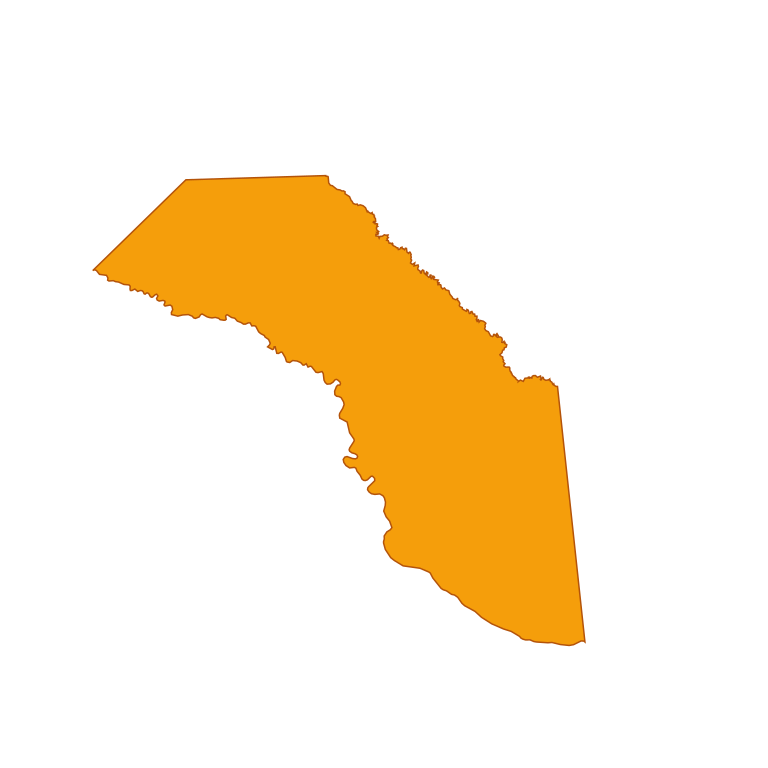 Cravo Norte, Arauca, Colombia (Mercator projection), rotated 32°
{"feature_id": "7082276B36906579253224", "entity_name": "Cravo Norte", "entity_type": "district", "adm_level": 2, "iso_a3": "COL", "parent_name": "Colombia", "parent_adm1": "Arauca", "projection": "mercator", "projection_center": [-70.099, 6.342], "detail": "fine", "context": "isolated", "style": "filled", "palette": "amber", "viewbox_px": 768, "rotation_deg": 32, "n_neighbors": 0, "source": "geoboundaries", "source_scale": "gbopen_adm2", "svg_char_len": 6161}
<svg xmlns="http://www.w3.org/2000/svg" viewBox="0 0 768 768"><g transform="rotate(32 384 384)"><path d="M532.4,294.1L530.9,295.0L528.9,294.8L528.0,294.0L528.0,294.9L527.5,294.9L525.3,293.5L523.6,293.5L522.9,292.7L522.2,293.0L521.8,292.1L521.3,293.3L519.3,295.1L517.1,295.3L515.6,294.1L515.0,294.2L515.1,297.2L514.7,297.5L514.3,297.4L514.4,296.2L512.5,294.3L510.6,297.0L507.9,296.6L506.2,297.8L505.6,299.1L506.2,300.6L504.8,300.9L504.3,302.1L503.4,302.2L503.8,301.5L503.5,301.2L502.8,301.7L502.9,302.6L500.5,304.4L500.7,308.0L497.6,308.4L496.7,310.6L496.6,310.2L493.5,309.9L492.2,309.0L491.2,309.3L490.9,308.9L488.4,308.6L486.5,307.2L485.8,307.2L485.6,306.6L484.1,306.2L482.6,304.7L482.3,303.8L481.2,303.3L478.3,305.2L476.0,305.2L475.5,304.5L475.9,302.7L473.3,302.0L473.1,300.6L471.3,299.7L470.4,298.2L467.7,298.3L466.7,297.7L467.5,295.0L466.7,292.6L467.6,291.4L466.9,289.5L468.1,287.9L467.3,285.6L464.9,285.7L464.6,284.7L464.2,285.0L463.2,284.2L462.9,285.8L461.8,286.2L460.8,283.8L459.6,282.6L458.0,282.4L456.0,283.7L455.9,282.8L453.1,281.4L452.9,282.6L454.2,284.1L451.1,283.5L450.7,283.9L451.2,285.3L450.9,286.3L448.9,286.7L444.8,284.4L442.1,284.7L440.0,283.8L439.5,281.6L438.3,280.6L438.3,278.7L437.9,278.4L435.1,278.1L432.2,279.0L431.8,281.1L430.1,279.3L429.3,280.3L430.3,280.8L429.9,281.6L428.1,280.5L428.0,279.1L426.9,277.2L425.3,278.3L423.8,276.7L422.6,277.5L420.1,275.9L419.4,276.7L420.0,278.1L419.0,279.0L416.4,276.8L415.5,276.7L414.8,276.9L415.4,277.7L415.3,278.7L410.7,278.9L409.9,277.7L407.5,278.1L406.4,277.7L405.6,275.4L403.3,274.1L402.1,274.1L400.8,272.0L401.0,273.2L400.0,274.6L396.9,275.0L396.0,274.2L392.3,273.0L389.5,270.5L386.7,271.4L384.4,270.5L383.2,272.4L381.0,271.5L380.0,270.1L379.3,269.8L377.0,271.2L376.6,270.4L377.4,270.0L377.2,269.0L375.8,269.6L375.2,269.2L375.0,267.1L370.8,268.9L370.1,268.0L370.3,266.7L369.1,266.3L368.2,266.7L368.8,266.8L368.3,267.4L368.8,269.3L368.3,269.7L367.2,269.0L365.9,266.8L365.4,267.2L366.0,269.0L365.5,269.8L362.3,269.1L362.1,268.3L362.8,267.4L362.1,266.4L360.7,266.4L361.1,269.0L359.4,268.7L357.5,266.7L356.3,266.9L356.1,268.2L356.7,270.3L356.2,270.5L354.6,269.1L352.1,269.0L351.1,267.7L351.0,266.2L349.8,265.0L346.9,267.9L345.9,265.0L344.7,267.5L342.3,267.3L341.8,264.3L340.4,263.8L340.0,262.1L338.5,260.7L338.5,259.9L336.4,258.4L335.7,258.7L335.6,260.2L333.5,259.9L331.2,257.1L330.2,257.5L330.2,259.3L328.7,259.0L327.8,259.6L326.8,258.4L325.9,259.6L325.9,261.4L324.9,262.4L323.6,261.2L322.5,261.8L321.1,261.5L318.3,261.8L317.6,261.6L317.4,260.6L316.4,260.2L316.0,261.2L315.0,261.0L313.8,261.9L311.7,260.2L310.3,260.7L310.5,259.9L309.6,259.2L310.1,257.6L308.9,257.4L308.5,255.5L306.8,256.8L305.2,257.3L304.3,259.6L302.3,261.0L302.6,262.9L300.9,261.7L298.7,262.7L297.8,261.4L299.4,260.2L299.6,259.6L297.5,259.2L298.8,258.1L298.8,257.5L296.6,257.3L295.5,256.5L294.6,255.0L295.2,253.6L294.2,253.6L293.8,251.8L293.0,251.8L291.6,252.9L290.7,252.1L289.8,252.7L289.1,252.5L289.4,251.4L290.7,251.2L290.9,250.7L289.1,248.3L287.1,247.5L287.0,246.6L286.3,246.5L285.5,245.6L284.1,246.1L283.1,244.9L282.4,246.4L279.5,246.4L278.7,246.0L278.5,246.8L274.9,244.3L271.8,243.9L269.0,244.6L267.3,246.4L265.9,245.6L264.8,246.7L262.3,247.2L259.9,245.9L259.1,245.9L255.5,243.4L250.1,243.3L249.1,241.6L247.3,241.7L246.0,242.6L243.9,242.7L241.0,243.9L235.1,243.2L233.3,243.9L230.6,242.8L226.9,237.9L226.3,237.7L224.7,238.6L224.2,238.1L107.8,315.8L76.9,442.1L77.9,440.6L79.9,440.1L84.6,441.8L91.1,438.9L93.7,440.4L94.6,442.4L96.2,442.4L99.7,439.8L102.0,439.5L104.9,438.2L110.7,437.4L115.2,435.1L117.0,435.6L118.3,438.1L119.4,439.1L120.6,438.4L122.4,435.5L126.1,436.0L127.7,433.9L129.4,433.1L130.8,433.3L132.7,434.6L133.8,434.4L134.4,432.7L135.4,432.0L137.0,432.2L139.6,433.7L140.9,433.6L141.7,432.9L142.6,429.7L143.6,428.3L145.6,429.1L145.8,432.0L147.2,433.0L149.4,432.8L152.3,430.2L154.0,429.8L154.9,430.5L155.5,433.5L157.0,433.9L160.9,430.3L163.0,430.5L165.4,432.9L165.8,436.1L167.0,437.7L173.2,435.7L176.6,432.2L181.3,428.8L185.6,428.1L187.4,428.8L189.3,428.3L191.7,425.1L191.7,422.5L192.6,421.0L198.3,420.8L200.6,420.2L203.1,419.1L205.7,416.9L209.0,415.9L210.9,416.3L214.4,414.8L215.5,414.0L215.9,412.8L213.7,410.3L213.8,409.0L214.4,408.3L219.4,408.4L222.6,407.3L226.3,408.4L230.3,407.6L233.1,407.7L234.8,406.6L236.5,404.1L238.1,403.1L241.1,404.8L243.0,403.4L244.6,403.0L250.1,406.2L252.6,406.6L256.8,406.3L258.2,407.2L262.5,407.4L265.9,409.7L266.2,411.6L265.6,414.2L271.1,413.9L271.9,412.8L271.1,410.7L272.0,410.1L276.8,414.8L278.3,414.0L279.8,411.4L280.9,411.1L286.2,413.9L289.2,416.5L290.1,416.7L292.7,415.7L294.1,412.5L298.1,410.6L302.0,410.0L305.3,410.9L306.3,410.2L307.3,408.0L310.6,409.9L312.0,408.0L313.2,407.6L320.1,410.1L322.0,409.3L324.8,406.3L326.9,407.3L331.1,412.5L333.4,413.9L335.8,414.3L338.5,412.3L339.8,409.5L340.2,406.5L341.0,405.4L342.3,405.1L345.6,405.6L347.0,406.9L347.1,408.4L345.5,409.3L345.0,411.2L345.9,416.2L348.0,419.1L350.2,419.5L352.6,418.5L354.9,418.3L359.2,420.6L361.1,422.6L361.9,426.5L362.0,432.4L362.7,434.2L364.6,436.4L372.9,435.8L380.7,443.6L387.6,446.6L388.7,447.7L388.9,448.8L388.8,456.4L389.3,458.3L390.5,459.2L393.2,459.4L396.4,458.5L398.6,458.5L400.0,459.4L400.4,461.0L399.5,462.6L396.7,463.9L391.1,465.1L389.5,466.8L389.4,469.6L391.5,471.8L394.9,473.3L399.3,473.4L403.1,470.4L404.8,470.3L407.4,472.3L412.2,474.0L415.7,476.3L417.8,476.5L419.3,475.8L420.7,474.1L421.9,469.3L422.8,468.4L423.8,468.4L426.0,469.0L427.4,470.9L425.4,479.1L425.3,480.7L426.1,482.4L428.6,483.5L431.5,483.7L434.7,482.5L438.6,479.5L442.3,479.3L444.6,480.3L447.8,483.3L449.4,486.3L451.1,491.9L456.2,495.5L461.4,497.3L466.8,501.6L466.6,504.2L464.8,507.9L464.7,512.8L466.4,515.3L467.1,517.8L467.9,519.1L472.8,523.6L481.7,527.7L486.3,528.2L496.6,528.1L512.1,521.2L521.6,519.7L523.4,519.8L528.3,522.7L540.8,527.1L543.3,527.1L546.5,526.3L552.7,526.6L555.6,525.6L559.5,525.8L566.4,528.7L569.9,529.3L581.7,528.6L590.4,530.2L602.5,530.3L615.2,528.4L622.9,526.4L632.7,526.2L634.7,526.9L636.9,526.8L639.7,526.0L643.4,523.6L647.5,523.0L650.0,522.0L660.1,516.6L663.4,514.2L671.6,511.5L679.6,507.6L682.9,504.6L687.3,497.5L689.7,496.1L691.1,496.3L532.4,294.1Z" fill="#f59e0b" stroke="#b45309" stroke-width="1.5"/></g></svg>